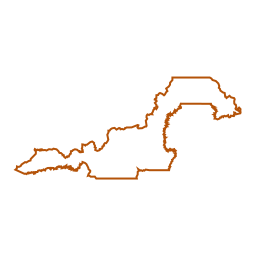 the district of Porto Velho, Rondônia, Brazil
{"feature_id": "56859067B40416427449951", "entity_name": "Porto Velho", "entity_type": "district", "adm_level": 2, "iso_a3": "BRA", "parent_name": "Brazil", "parent_adm1": "Rondônia", "projection": "orthographic", "projection_center": [-64.369, -8.988], "detail": "fine", "context": "isolated", "style": "outline", "palette": "amber", "viewbox_px": 256, "rotation_deg": 0, "n_neighbors": 0, "source": "geoboundaries", "source_scale": "gbopen_adm2", "svg_char_len": 5912}
<svg xmlns="http://www.w3.org/2000/svg" viewBox="0 0 256 256"><path d="M239.1,107.6L237.9,108.7L238.5,110.8L235.8,109.3L235.5,108.6L236.3,107.0L235.8,104.7L234.9,104.4L234.3,103.5L234.2,101.1L234.7,99.2L234.1,98.1L231.1,97.4L229.5,95.8L226.5,98.0L225.8,96.7L225.2,96.7L224.7,93.0L222.8,92.4L220.4,90.6L219.9,88.8L218.8,87.8L219.3,86.1L218.3,83.4L215.8,81.0L212.5,80.0L211.4,78.5L209.7,77.5L172.4,77.5L172.4,80.1L170.1,82.7L170.0,84.7L168.8,86.5L166.2,88.5L167.4,91.1L166.2,92.1L164.8,94.6L164.0,95.3L162.3,93.9L160.0,93.0L158.8,93.7L158.1,95.0L156.4,95.2L156.4,98.0L154.8,99.1L154.7,99.6L156.4,100.3L156.6,101.2L154.9,102.9L156.4,104.9L156.3,106.1L157.4,106.5L157.4,107.4L156.3,109.1L155.0,107.7L154.3,107.9L154.1,109.4L153.4,109.9L152.8,111.9L151.9,113.3L152.3,114.3L150.3,114.1L149.0,115.0L147.5,114.4L147.2,114.7L146.6,115.7L146.5,117.4L147.2,118.8L145.8,120.7L146.6,125.8L146.2,126.5L145.0,126.6L142.1,128.2L138.3,128.4L137.5,127.5L138.4,125.3L137.7,125.0L131.6,127.4L126.5,127.5L125.6,128.1L125.1,128.0L124.6,129.0L123.5,129.4L122.0,128.9L120.5,129.3L119.9,128.2L119.1,128.0L116.5,129.6L114.6,127.9L112.2,128.3L110.7,129.2L109.5,130.7L108.4,130.7L108.5,132.3L107.3,134.8L108.3,139.6L107.5,141.3L106.1,143.2L105.0,143.1L104.3,143.8L103.7,145.0L104.0,145.7L102.4,146.5L102.6,147.3L101.7,148.7L99.8,149.0L99.9,149.8L99.5,150.2L97.3,150.9L95.2,149.9L95.8,147.8L94.7,147.3L95.0,145.8L94.0,144.0L94.1,142.9L92.2,141.5L90.3,142.1L87.0,144.7L85.7,144.8L85.3,145.5L83.8,144.6L82.3,144.4L82.3,147.1L81.8,148.7L82.5,149.6L82.9,151.9L81.8,152.1L81.3,151.6L80.8,152.2L80.1,152.3L79.5,152.1L79.4,151.0L78.6,151.0L77.0,149.7L74.9,149.3L72.7,150.3L72.3,151.0L70.9,151.2L70.8,153.7L70.0,154.0L68.7,156.6L67.4,156.3L67.1,157.1L66.4,156.9L65.4,157.9L64.1,156.8L63.7,155.2L62.6,155.3L62.6,154.5L60.9,153.0L59.4,152.9L58.4,151.1L56.5,149.3L53.4,148.7L52.1,149.6L49.0,149.2L46.5,150.5L45.0,150.0L43.1,150.2L41.9,149.3L40.8,149.4L41.1,150.4L39.9,150.6L39.4,149.8L38.2,150.1L37.7,149.6L36.6,150.1L34.9,149.1L34.6,149.9L35.9,151.6L35.8,153.8L30.8,158.9L30.5,160.5L28.7,161.0L26.3,162.5L25.1,162.1L21.4,164.6L21.1,165.6L19.5,166.7L17.8,166.9L17.0,166.5L16.8,168.5L15.4,169.7L24.4,173.8L25.2,173.6L26.6,174.1L27.6,172.9L28.2,173.3L28.5,172.7L29.2,173.2L29.9,172.6L30.8,173.0L31.5,172.2L32.8,172.7L32.8,172.3L33.8,172.1L34.3,172.5L34.2,173.7L34.8,173.5L34.4,173.1L35.3,172.0L37.5,172.0L38.1,170.7L39.7,170.3L41.1,171.0L41.5,170.2L42.7,170.4L43.5,169.5L45.1,170.5L45.6,169.7L46.0,169.8L45.5,169.4L45.6,169.0L47.7,168.0L50.2,167.9L50.2,169.0L50.7,169.4L51.3,168.4L50.9,168.2L51.7,167.9L53.4,168.0L53.9,169.3L55.2,168.4L56.1,169.1L56.9,168.8L56.4,168.2L56.8,167.2L57.9,166.7L58.6,167.0L59.1,166.3L59.9,167.0L61.0,166.3L61.9,167.1L61.6,168.3L62.9,168.1L64.2,166.4L65.0,166.5L64.3,167.2L65.2,168.2L65.9,167.8L66.0,165.7L66.4,165.4L66.4,166.6L67.7,167.7L68.5,166.6L70.6,166.1L70.9,166.9L69.5,166.9L69.9,168.1L69.4,169.0L70.5,169.2L70.4,168.7L71.4,167.7L72.7,168.4L72.3,169.3L73.1,168.9L73.5,170.4L74.8,169.8L75.0,170.7L76.9,170.8L77.2,170.4L76.6,169.1L77.8,168.7L78.2,167.7L79.1,168.2L79.6,167.9L79.7,165.0L80.6,164.9L80.4,164.0L81.1,164.3L82.3,163.4L82.5,162.0L84.9,162.9L86.4,164.1L88.2,167.6L88.6,169.3L90.2,170.6L90.2,171.8L88.6,173.9L88.0,175.7L88.8,175.4L90.8,176.7L94.8,176.6L96.2,178.5L136.8,178.5L136.5,176.9L137.7,174.5L137.7,171.9L138.9,170.7L138.3,169.2L140.1,170.6L140.9,170.2L142.5,170.9L143.6,170.2L144.4,170.6L145.7,169.6L149.4,170.2L169.1,170.2L169.3,169.1L168.9,168.7L169.8,167.7L169.3,166.9L170.2,166.5L169.7,165.9L170.2,164.4L171.3,163.0L171.2,162.1L172.4,161.1L172.1,159.8L172.6,159.7L173.9,157.7L174.7,157.5L175.3,155.8L175.4,156.3L175.8,156.1L175.7,155.3L175.1,155.0L175.8,153.9L174.9,153.3L175.5,153.0L175.5,151.9L175.0,150.8L175.5,150.5L175.1,150.2L174.3,150.8L174.5,150.0L174.2,149.1L173.5,149.3L173.5,149.8L172.3,149.6L172.3,150.4L171.2,149.6L171.3,150.3L170.1,150.6L169.7,150.5L170.1,150.0L169.5,149.3L168.8,150.4L168.3,150.2L167.9,151.4L167.2,150.7L166.6,150.8L166.2,149.7L166.7,149.4L165.7,149.0L166.0,148.5L165.3,148.2L165.1,147.1L164.1,147.3L165.0,146.6L164.5,146.8L164.7,145.5L163.9,145.0L164.8,143.3L164.5,142.8L165.4,142.5L165.2,141.4L164.8,141.8L164.0,141.1L164.5,140.0L164.9,140.1L164.6,138.6L165.3,138.0L164.4,138.1L164.2,137.6L164.2,136.6L164.9,136.2L163.7,134.8L164.6,134.4L163.8,133.8L164.7,132.1L163.7,131.1L164.2,130.6L163.9,130.1L164.1,129.2L164.9,129.4L165.0,128.8L164.4,128.4L165.3,127.9L165.1,127.1L165.6,127.7L166.3,127.0L166.0,126.5L166.9,126.4L165.7,125.4L167.3,124.7L166.5,124.5L166.6,123.6L166.2,123.2L167.3,122.9L165.9,122.2L166.5,121.6L166.0,121.2L167.0,120.8L166.0,120.5L166.3,119.7L167.0,120.3L168.5,118.8L167.5,118.6L168.2,117.4L167.5,117.4L167.2,116.9L167.6,116.5L167.8,117.2L168.0,117.0L168.1,115.4L169.1,115.2L168.6,114.4L167.9,114.4L168.1,114.2L168.6,113.9L169.3,114.2L169.9,113.5L169.9,114.3L170.9,113.9L171.4,114.4L170.7,114.6L170.8,115.2L171.2,114.7L172.0,114.9L171.6,114.1L173.8,112.8L174.2,111.4L174.6,111.7L174.3,112.0L175.2,112.5L175.1,110.0L176.7,110.9L177.7,109.1L180.9,108.0L181.0,107.2L179.2,106.7L180.0,105.9L180.8,103.7L211.8,103.8L210.8,104.1L210.8,104.7L212.2,105.7L212.2,106.8L212.7,106.7L212.7,107.4L213.2,107.6L213.8,106.6L214.4,106.9L213.8,107.0L214.6,107.5L213.7,108.6L214.2,108.9L214.4,108.4L215.8,109.2L215.0,109.7L215.2,110.2L216.2,110.4L216.5,110.8L215.9,110.8L216.0,111.2L217.0,111.5L216.2,111.6L215.5,113.2L214.7,113.2L215.2,113.9L215.0,114.9L214.2,114.6L214.8,114.4L214.6,114.1L213.8,114.5L215.2,116.3L214.5,116.7L215.0,117.6L214.6,118.6L216.3,118.7L217.4,119.4L219.6,118.6L220.0,117.6L221.3,117.5L221.5,116.6L222.5,116.3L223.3,116.9L223.5,116.2L224.6,115.8L225.9,116.4L228.1,115.2L228.4,116.7L229.2,117.4L230.3,117.1L230.8,115.7L233.9,116.1L234.2,115.7L233.8,115.2L233.9,114.6L234.4,114.0L234.2,112.5L235.3,112.8L235.3,113.8L236.0,114.3L240.3,113.3L240.6,112.1L240.3,111.4L240.5,109.1L239.1,107.6Z" fill="none" stroke="#b45309" stroke-width="2"/></svg>